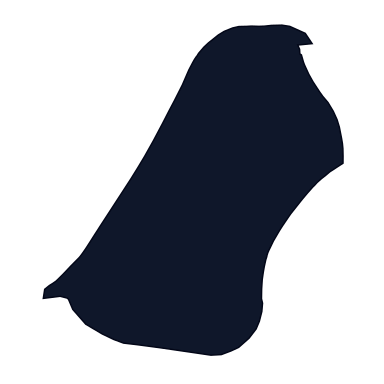 the district of Lagos Island, Nigeria, rotated 88°
{"feature_id": "59680162B72688390978538", "entity_name": "Lagos Island", "entity_type": "district", "adm_level": 2, "iso_a3": "NGA", "parent_name": "Nigeria", "parent_adm1": "", "projection": "mercator", "projection_center": [3.394, 6.453], "detail": "fine", "context": "isolated", "style": "filled", "palette": "ink", "viewbox_px": 384, "rotation_deg": 88, "n_neighbors": 0, "source": "geoboundaries", "source_scale": "gbopen_adm2", "svg_char_len": 1469}
<svg xmlns="http://www.w3.org/2000/svg" viewBox="0 0 384 384"><g transform="rotate(88 192 192)"><path d="M293.1,344.3L291.6,327.4L293.6,320.6L294.8,319.2L305.2,315.2L320.4,302.8L330.7,286.7L336.7,275.2L340.6,265.7L342.6,252.5L346.5,229.4L351.3,202.9L355.7,178.8L355.5,168.4L352.2,158.6L348.9,150.8L340.1,140.1L331.1,132.7L323.5,129.2L313.9,126.4L305.6,125.4L301.1,126.3L291.3,125.8L282.1,124.9L274.8,123.6L269.1,122.4L262.1,120.6L259.1,119.5L258.6,119.5L255.4,118.4L252.7,117.1L250.5,115.9L244.2,112.6L243.8,112.4L233.7,106.0L228.9,102.7L220.0,96.2L217.2,94.1L203.1,82.1L197.1,76.7L191.1,71.0L189.6,69.3L186.9,66.7L183.1,62.1L179.9,57.7L176.7,53.7L172.1,46.1L168.5,40.1L161.4,39.8L153.9,39.7L148.8,40.0L143.5,40.7L132.3,42.5L124.8,44.5L116.3,48.0L107.3,53.0L100.7,58.2L100.0,58.6L96.9,60.7L91.8,63.8L86.0,67.3L78.4,71.2L68.8,75.2L66.1,76.1L58.8,77.9L57.7,79.4L53.1,79.5L48.8,81.2L47.9,66.8L37.4,73.3L29.9,88.5L28.4,96.3L28.3,106.7L28.8,113.7L28.8,119.3L28.3,126.9L28.4,131.5L28.3,139.4L29.5,145.7L32.6,154.2L36.0,160.2L43.5,170.3L47.7,175.1L53.7,180.6L56.5,182.4L56.6,182.7L59.5,184.8L62.6,186.7L69.8,190.8L74.8,193.2L84.7,197.9L100.3,206.5L109.9,212.0L122.6,219.1L139.8,229.0L154.9,238.2L165.7,245.2L176.9,252.7L190.9,262.5L224.0,285.7L226.5,287.4L231.2,290.7L238.8,295.9L245.1,300.3L249.5,303.6L252.5,306.0L253.8,307.2L261.6,315.5L269.8,323.8L276.3,330.9L278.5,334.3L280.5,337.8L284.1,342.6L293.1,344.3Z" fill="#0f172a" stroke="#020617" stroke-width="1.5"/></g></svg>